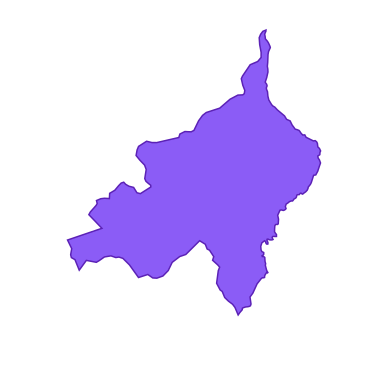 outline of Ouadda, Haute-Kotto, Central African Republic, rotated 342°
{"feature_id": "33826404B85937091100445", "entity_name": "Ouadda", "entity_type": "district", "adm_level": 2, "iso_a3": "CAF", "parent_name": "Central African Republic", "parent_adm1": "Haute-Kotto", "projection": "mercator", "projection_center": [22.72, 8.057], "detail": "fine", "context": "isolated", "style": "filled", "palette": "violet", "viewbox_px": 384, "rotation_deg": 342, "n_neighbors": 0, "source": "geoboundaries", "source_scale": "gbopen_adm2", "svg_char_len": 3354}
<svg xmlns="http://www.w3.org/2000/svg" viewBox="0 0 384 384"><g transform="rotate(342 192 192)"><path d="M312.4,60.8L309.0,61.1L306.0,63.2L303.6,66.0L301.9,72.8L300.9,80.5L299.3,85.4L294.8,88.2L286.7,88.9L275.8,97.4L273.9,99.5L273.3,106.1L273.6,111.7L272.1,114.6L270.3,115.3L265.6,114.0L256.9,115.5L244.3,120.8L230.1,120.8L225.7,122.4L220.3,126.3L212.9,134.0L209.8,134.5L206.5,133.3L203.9,132.3L198.4,133.1L196.3,136.1L173.7,134.1L169.2,132.6L164.5,129.7L155.3,132.1L152.8,135.0L150.1,140.0L152.2,145.5L155.2,151.7L155.4,156.4L151.2,164.7L151.5,167.6L153.1,170.3L154.8,172.8L154.4,174.5L142.4,177.6L139.4,175.7L137.9,169.6L133.8,167.0L131.3,164.2L130.1,161.6L127.4,161.6L124.2,163.3L119.1,166.5L113.3,167.8L111.4,172.7L106.8,170.9L103.2,170.2L98.5,170.6L98.3,173.6L96.7,175.1L89.1,179.6L86.9,181.7L88.5,185.0L95.1,198.7L58.8,199.2L60.1,208.7L58.5,211.7L57.2,214.2L57.0,217.1L59.8,220.2L60.6,231.5L70.4,224.4L79.3,229.3L82.5,228.6L88.7,226.7L95.2,227.7L99.3,230.8L102.4,231.3L105.8,233.8L110.0,242.0L114.7,256.8L124.5,256.8L128.1,261.6L132.0,263.1L138.4,262.9L145.1,259.4L151.4,252.8L160.4,249.6L166.8,249.5L184.2,240.7L188.5,245.8L188.8,250.9L190.7,252.8L192.7,260.2L190.5,263.3L193.9,269.2L195.1,272.0L192.7,274.9L187.2,286.4L188.5,293.9L190.0,295.9L190.5,302.5L193.0,307.2L195.9,311.3L197.2,315.1L197.9,323.2L200.3,321.4L203.4,319.5L204.0,318.1L205.4,317.9L207.6,317.9L209.3,318.3L210.9,318.5L212.4,318.3L213.5,316.8L214.7,309.8L218.6,307.0L225.5,299.5L231.0,295.8L232.4,295.3L233.5,295.7L234.6,295.7L235.1,294.4L235.9,293.4L237.3,292.3L238.1,291.6L238.8,292.3L239.3,292.0L238.9,290.5L238.8,289.2L239.1,284.4L239.9,282.9L240.0,280.6L241.0,276.7L240.3,275.6L238.9,275.1L238.9,274.3L240.2,274.0L241.0,273.4L241.5,271.7L240.0,270.2L239.8,268.3L240.6,264.9L242.8,261.9L244.3,261.4L245.9,260.8L246.5,261.6L246.5,263.2L246.7,264.2L247.2,264.8L248.1,264.9L248.6,263.6L248.5,262.4L248.4,260.8L248.9,260.1L249.9,260.4L250.6,261.2L251.5,261.7L252.3,262.0L253.5,262.3L254.4,262.2L254.2,261.2L254.2,259.9L254.9,259.3L255.8,259.4L257.3,260.0L258.6,260.4L259.2,258.5L258.7,257.2L258.2,255.4L259.1,252.8L260.4,249.6L261.5,248.8L262.6,249.0L263.3,249.3L264.2,248.9L265.9,244.6L266.3,240.6L270.1,236.5L271.5,236.7L273.0,237.7L273.8,237.8L275.3,237.5L276.3,236.9L276.3,234.7L277.8,232.6L280.0,232.0L281.7,231.3L283.6,231.2L284.9,231.6L286.0,230.9L286.7,230.3L288.0,230.0L289.0,229.7L289.8,229.0L290.3,228.1L290.7,227.4L291.7,227.2L292.6,227.5L293.2,227.6L294.1,227.0L294.5,226.7L295.3,226.8L296.0,227.8L296.6,228.2L298.4,227.5L300.1,227.0L302.1,225.9L303.4,224.5L304.0,223.3L305.4,222.4L306.9,221.4L308.3,220.0L312.8,213.7L315.0,214.0L318.0,211.1L321.3,206.6L323.2,204.1L323.1,200.9L322.5,198.8L322.7,196.7L325.1,196.0L326.0,193.8L327.0,192.7L326.7,190.2L326.3,189.2L325.6,188.0L326.3,184.4L326.0,182.7L325.0,181.2L323.2,180.9L317.4,175.2L316.9,172.5L314.9,172.0L313.8,169.6L313.3,167.7L312.8,166.5L311.0,165.0L309.6,164.2L307.9,159.1L307.3,154.7L304.4,152.1L303.5,148.2L298.5,140.2L297.0,136.9L295.5,135.2L294.7,133.5L293.5,128.2L293.8,124.3L294.8,120.0L294.6,117.0L295.1,115.6L296.2,114.3L296.3,112.6L295.8,111.1L295.6,110.1L298.4,106.3L301.3,101.4L302.1,98.5L302.5,95.7L304.0,92.3L306.8,84.7L308.2,82.1L311.1,78.9L311.2,77.6L310.8,73.9L310.3,71.9L309.1,69.0L309.6,66.8L309.9,64.3L312.0,61.9L312.4,60.8Z" fill="#8b5cf6" stroke="#5b21b6" stroke-width="1.5"/></g></svg>